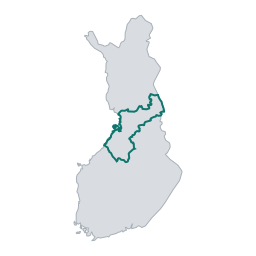 Northern Ostrobothnia on a map of Finland (orthographic projection)
{"feature_id": "FIN-3180", "entity_name": "Northern Ostrobothnia", "entity_type": "Province", "adm_level": 1, "iso_a3": "FIN", "parent_name": "Finland", "parent_adm1": "", "projection": "orthographic", "projection_center": [26.371, 64.957], "detail": "fine", "context": "in_parent", "style": "outline", "palette": "teal", "viewbox_px": 256, "rotation_deg": 0, "n_neighbors": 0, "source": "natural_earth", "source_scale": "10m", "svg_char_len": 8902}
<svg xmlns="http://www.w3.org/2000/svg" viewBox="0 0 256 256"><path d="M109.9,109.2L109.1,105.1L107.9,101.5L106.6,100.5L106.2,99.1L106.1,96.3L106.4,94.1L107.9,92.0L108.3,89.2L109.2,86.9L108.9,85.4L106.8,81.1L106.5,79.7L106.5,77.4L107.8,75.4L107.6,73.3L105.2,72.4L105.4,71.1L106.1,69.0L105.9,67.2L106.1,63.2L107.3,61.5L106.0,60.1L104.8,57.5L103.7,57.3L103.2,54.6L101.3,52.1L94.6,48.3L90.6,44.2L88.6,41.0L86.6,39.1L86.6,37.5L84.5,36.0L85.0,35.4L86.7,35.5L88.0,36.2L88.6,35.4L88.2,33.0L88.4,32.4L90.0,31.3L92.6,31.5L97.5,41.0L98.2,44.1L103.4,45.4L104.0,46.1L105.4,46.1L108.6,44.8L109.8,42.8L111.0,43.0L118.4,47.8L119.6,46.8L120.4,44.0L121.0,42.8L121.9,41.9L123.6,41.4L125.0,39.1L125.2,32.7L125.9,30.8L127.2,24.5L129.5,21.7L131.1,18.7L132.8,18.3L135.7,18.9L139.2,15.8L141.4,15.4L145.5,20.5L151.3,23.6L152.9,27.9L152.3,29.7L149.4,34.6L149.4,35.9L150.5,38.0L146.2,40.8L146.6,41.5L148.9,41.7L149.2,42.7L147.0,48.8L147.0,49.9L149.0,56.5L154.5,59.1L156.2,61.9L160.4,67.5L160.1,70.1L154.7,80.4L153.5,83.2L153.4,85.0L157.2,92.8L159.3,98.3L161.6,102.3L163.7,108.9L163.9,111.3L160.5,112.7L161.5,113.9L160.8,116.0L160.8,119.1L159.9,121.1L160.2,121.6L161.9,121.9L162.1,123.3L162.0,124.1L160.3,125.7L160.2,127.3L161.3,129.9L162.1,130.8L164.9,131.5L165.3,132.2L165.5,134.2L164.3,136.1L164.4,136.9L165.7,140.3L169.5,142.9L170.0,145.0L170.1,146.4L170.0,147.7L167.4,152.7L165.4,154.3L169.9,159.2L177.9,165.2L181.6,170.5L182.0,172.0L180.0,179.2L179.1,181.2L173.3,189.4L164.9,202.8L160.6,208.7L151.9,217.7L145.5,225.8L141.9,227.5L139.0,225.8L137.6,226.2L136.3,227.4L131.8,228.7L131.6,227.4L132.5,224.0L132.1,224.1L131.3,225.7L130.9,227.5L130.0,228.5L128.1,228.9L126.3,227.4L125.4,227.4L126.3,229.6L126.3,230.3L125.3,230.2L123.2,231.9L122.8,231.9L122.1,230.4L119.9,232.0L117.9,232.3L116.6,233.4L110.4,235.0L108.7,237.0L107.6,236.5L100.6,238.0L97.8,237.4L94.5,240.4L92.1,240.6L94.7,237.6L94.9,236.5L93.6,235.8L92.7,234.7L92.0,232.2L91.5,232.0L90.5,235.0L88.8,236.0L86.8,235.9L86.6,234.5L87.0,233.3L86.7,233.0L87.1,232.1L88.1,232.0L88.5,231.6L88.5,231.0L87.7,230.3L88.6,228.2L85.1,227.5L80.8,224.9L80.4,222.9L78.2,224.2L76.4,222.6L76.2,221.7L76.2,214.4L76.6,212.4L77.8,210.0L78.4,207.6L78.6,203.1L79.3,203.2L78.7,201.6L79.7,201.3L79.9,200.8L78.1,193.5L76.9,191.8L78.3,186.7L78.3,185.5L78.2,184.1L76.7,182.3L76.4,177.7L77.1,175.1L80.6,170.8L80.9,168.9L82.7,168.9L82.0,167.2L81.9,165.2L84.5,164.7L85.4,165.4L87.7,164.8L89.7,163.4L89.2,160.6L90.2,160.5L89.9,159.8L90.0,159.1L90.8,159.5L92.2,157.6L92.3,156.1L94.5,155.5L97.2,152.5L99.6,151.0L102.1,148.1L103.1,148.0L103.7,145.9L106.5,142.9L107.5,140.5L110.0,137.7L112.6,132.9L112.9,131.5L116.5,129.8L119.8,130.3L119.7,129.1L119.3,128.3L120.6,127.1L120.4,125.1L119.6,124.1L120.6,116.7L119.6,115.2L116.0,112.6L114.5,112.3L113.7,110.4L114.2,108.1L112.1,109.8L109.9,109.2ZM83.6,228.4L86.1,228.6L86.6,229.8L85.5,230.5L85.3,231.4L85.9,232.8L84.7,232.7L84.1,231.1L82.9,229.9L83.6,228.4ZM115.7,127.4L114.3,128.1L113.2,127.6L113.2,126.2L115.2,125.2L117.1,126.3L116.1,126.6L115.7,127.4ZM78.9,163.4L78.8,164.6L80.2,163.8L80.7,164.2L80.6,165.3L80.1,165.0L78.9,166.2L77.9,165.0L77.4,163.2L78.9,163.4ZM76.5,224.1L76.2,225.1L74.8,225.0L74.2,224.0L74.0,222.2L74.7,221.5L75.0,222.5L76.5,224.1ZM82.1,228.8L81.3,228.8L80.2,227.6L80.1,227.2L80.6,227.0L80.5,225.7L81.3,226.4L81.7,227.3L81.2,227.4L82.1,228.8ZM80.0,232.9L78.9,233.6L78.5,233.4L78.7,232.1L79.4,231.6L80.5,231.6L80.0,232.9ZM77.7,233.5L76.7,233.6L76.2,233.0L77.2,232.0L77.9,232.2L78.0,232.8L77.7,233.5Z" fill="#d9dde1" stroke="#a8b0b8" stroke-width="1"/><path d="M158.0,95.0L158.1,95.4L158.3,96.1L158.6,96.8L159.1,98.1L160.5,100.4L161.3,101.4L161.6,101.9L161.8,102.8L162.2,104.5L162.3,104.9L162.7,105.8L162.8,106.1L163.1,107.2L163.5,108.2L163.6,108.6L164.0,110.6L164.1,111.1L164.1,111.6L163.9,111.8L163.6,111.7L163.0,111.4L160.9,112.2L160.4,112.6L160.7,113.1L161.4,113.5L161.7,114.0L161.6,114.3L160.9,115.2L160.8,115.5L158.6,115.8L157.9,115.6L157.3,115.3L156.6,115.1L156.3,115.2L155.9,116.3L155.2,116.7L153.7,117.0L151.2,118.2L150.9,118.5L151.1,118.7L151.0,118.9L150.7,119.5L150.5,119.8L150.4,119.9L150.6,120.0L150.7,120.4L150.1,120.7L145.8,121.8L145.3,122.0L144.9,122.5L144.5,123.3L144.4,123.8L144.3,124.3L144.2,124.8L144.1,125.1L143.8,125.2L142.9,124.8L139.2,125.4L138.7,125.8L138.5,126.2L138.5,126.9L139.0,127.5L139.4,128.1L139.5,128.3L139.4,128.5L139.5,128.6L139.7,128.8L139.6,129.0L139.5,129.5L139.5,130.0L139.6,130.5L139.3,130.9L139.5,131.0L139.3,131.3L139.0,131.4L138.7,131.4L137.6,131.1L137.0,131.1L135.8,131.9L135.2,132.5L135.0,132.8L134.9,133.2L135.0,133.2L135.0,133.4L135.0,133.8L134.8,134.0L134.7,134.1L134.1,134.9L133.7,135.0L132.6,135.1L132.5,135.3L132.6,135.5L132.5,135.8L132.4,135.9L132.1,136.0L131.9,136.4L131.8,136.7L131.5,136.8L131.7,137.0L130.8,137.3L130.6,137.4L129.9,138.1L129.5,138.3L129.5,138.5L129.4,138.6L129.3,138.8L129.5,139.1L130.4,139.9L130.9,140.7L130.9,141.2L131.0,141.7L131.5,142.3L131.8,142.4L132.1,142.5L132.8,142.4L132.9,142.5L133.0,142.6L133.0,143.2L133.0,143.4L133.3,143.6L133.7,143.6L133.8,144.0L133.9,146.8L134.0,147.7L134.2,148.2L134.8,148.7L133.1,149.3L129.3,152.7L128.7,153.7L128.8,154.3L129.2,157.8L129.1,158.6L128.7,158.8L128.5,159.0L128.3,159.4L128.2,159.7L128.0,160.7L128.0,160.9L127.7,161.5L126.6,162.0L126.0,162.1L125.4,161.9L125.0,161.5L124.2,160.4L123.7,160.1L121.3,159.8L120.8,159.5L120.0,158.6L119.5,158.4L118.8,158.2L118.4,158.3L117.9,158.7L117.6,159.6L117.5,160.4L117.2,161.0L116.7,161.3L116.4,160.7L114.2,158.0L112.9,156.8L112.3,155.8L111.2,153.4L110.8,152.8L110.3,152.5L109.5,152.0L109.2,151.7L109.1,150.8L108.8,150.5L108.4,150.0L108.2,149.6L108.0,148.5L107.9,148.0L107.4,147.3L105.9,146.5L104.3,145.2L104.5,145.0L104.4,145.0L104.4,144.6L104.5,144.3L104.6,144.2L104.8,144.3L105.0,144.3L105.4,144.1L105.6,144.0L105.6,143.8L105.9,143.1L106.1,143.1L106.5,143.4L106.6,143.6L106.5,143.0L106.5,142.7L106.5,142.3L106.7,142.0L107.0,141.6L107.1,141.3L107.3,140.6L107.3,140.4L107.5,140.3L108.0,140.1L108.1,139.9L108.1,139.5L108.3,139.5L108.5,139.3L109.0,139.1L109.3,139.1L109.4,138.6L109.4,138.3L109.6,138.3L109.8,138.4L110.0,138.1L110.1,137.9L110.1,137.7L110.3,137.6L110.5,137.5L110.7,137.4L110.9,137.0L110.9,136.9L110.8,136.7L111.0,136.3L111.0,136.2L111.0,135.5L111.1,135.3L111.4,134.8L111.5,134.2L112.0,133.7L112.4,133.5L112.6,133.3L112.7,133.0L112.6,132.7L112.7,132.3L113.2,131.9L112.8,131.6L112.7,131.4L112.9,131.3L113.1,131.4L113.8,131.8L114.0,131.7L113.9,131.4L114.0,130.9L114.5,130.8L114.6,130.3L115.0,130.1L116.1,130.0L117.8,129.1L118.0,129.0L118.3,129.6L118.4,129.8L118.5,129.8L118.7,129.7L118.8,129.8L118.8,130.3L119.0,130.6L119.1,130.8L119.3,130.8L119.5,130.9L119.5,131.0L119.3,131.0L119.2,131.2L119.5,131.3L120.4,131.0L120.5,131.0L120.4,130.5L120.4,130.3L120.6,129.5L120.5,129.2L120.4,129.2L120.2,129.3L119.7,129.0L119.4,128.8L119.2,128.6L118.9,128.0L119.1,127.7L120.1,127.6L120.3,127.8L120.6,128.2L120.9,128.3L121.1,128.4L121.3,128.0L121.2,127.7L121.0,127.3L121.1,127.0L121.0,126.7L120.7,126.0L120.7,125.8L120.7,125.6L120.6,125.4L120.5,125.1L120.2,124.8L119.2,124.5L119.2,124.0L119.3,123.8L119.6,123.4L119.8,123.3L119.9,123.0L119.9,122.7L119.8,122.4L120.1,122.4L120.3,122.2L120.0,122.1L120.1,121.7L119.9,121.5L120.0,121.3L120.1,120.6L120.3,120.3L120.1,120.0L120.3,119.9L120.4,119.7L119.8,118.9L120.2,118.8L120.3,118.7L120.6,118.2L120.5,117.8L120.7,117.0L120.6,116.6L120.4,116.0L120.1,115.6L119.4,114.9L119.2,114.8L118.8,114.9L118.6,114.8L118.4,114.5L118.3,114.1L118.6,113.8L119.2,112.9L121.0,111.0L122.1,110.6L124.4,110.8L125.5,110.5L127.8,109.3L128.1,109.4L128.0,110.3L128.0,110.9L128.1,111.3L128.3,111.4L134.3,111.7L136.6,110.7L137.2,109.9L139.2,106.4L139.5,106.2L140.5,106.8L140.8,106.7L141.0,106.2L141.4,106.1L141.8,106.8L142.2,107.8L142.4,108.2L142.6,108.6L142.6,108.9L146.5,109.3L146.9,109.2L147.7,108.8L148.6,108.7L149.0,108.5L149.3,108.0L149.3,107.7L149.2,107.1L148.4,106.0L148.2,105.9L148.0,105.6L148.1,104.9L148.3,104.9L148.4,105.1L148.6,105.2L148.8,105.2L149.5,104.9L150.7,105.0L151.1,104.9L151.3,104.7L151.4,104.4L151.4,103.9L151.1,103.8L150.8,103.7L150.3,103.2L150.1,102.6L150.0,102.3L150.1,102.1L150.5,102.0L150.8,101.9L151.0,101.5L151.0,101.3L151.1,101.1L151.3,100.8L151.3,100.6L151.1,100.4L151.3,99.7L151.1,99.5L151.1,99.4L151.1,99.2L150.9,99.1L150.7,99.1L150.4,99.3L150.2,99.3L150.3,99.1L149.9,98.9L149.6,98.5L149.3,98.0L149.2,97.3L149.3,96.7L149.5,96.3L149.6,96.0L149.8,95.8L150.2,95.8L150.3,95.7L150.4,95.4L150.4,94.5L150.4,94.4L150.8,94.1L154.7,95.4L155.2,95.4L155.9,95.1L158.0,95.0ZM117.1,126.0L117.5,125.9L117.7,126.3L117.4,126.4L116.8,126.4L116.0,126.2L115.5,126.2L115.3,126.6L114.6,127.1L114.8,127.7L115.4,127.6L115.5,127.8L115.4,127.9L115.1,127.9L115.0,128.0L114.9,128.1L114.6,128.2L114.4,128.2L114.4,127.7L114.3,127.4L114.2,127.2L113.9,127.7L113.7,127.8L113.4,127.3L113.2,126.9L113.1,126.3L113.3,126.0L114.0,125.3L114.8,125.3L115.7,125.1L116.1,125.3L116.2,125.6L116.1,125.9L116.3,125.8L117.1,126.0Z" fill="none" stroke="#0f766e" stroke-width="2"/></svg>